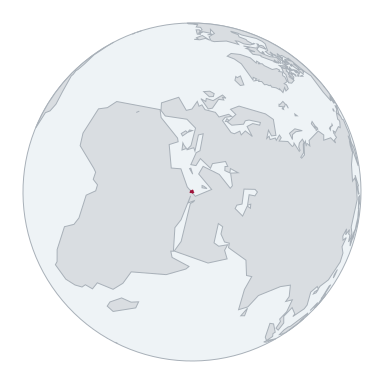 Ad Daqahliyah highlighted on a globe, orthographic projection, rotated 50°
{"feature_id": "EGY-1537", "entity_name": "Ad Daqahliyah", "entity_type": "Governorate", "adm_level": 1, "iso_a3": "EGY", "parent_name": "Egypt", "parent_adm1": "", "projection": "orthographic", "projection_center": [31.652, 31.05], "detail": "fine", "context": "on_globe", "style": "filled", "palette": "rose", "viewbox_px": 384, "rotation_deg": 50, "n_neighbors": 0, "source": "natural_earth", "source_scale": "10m", "svg_char_len": 10788}
<svg xmlns="http://www.w3.org/2000/svg" viewBox="0 0 384 384"><g transform="rotate(50 192 192)"><circle cx="192" cy="192" r="169" fill="#eef3f6" stroke="#a8b0b8"/><path d="M170.3,24.4L190.2,23.1L197.1,23.1L195.2,23.2L201.7,23.3L205.5,23.6L205.2,23.6L212.7,24.3L216.3,25.0L215.6,25.2L208.1,24.5L207.5,24.8L212.8,25.4L215.5,26.3L207.8,25.3L211.7,27.0L199.7,27.3L179.5,26.2L172.5,28.2L150.7,32.5L152.3,32.9L145.1,35.5L144.3,37.1L140.5,37.9L143.1,38.6L146.7,37.6L149.1,37.7L149.0,38.7L144.1,39.7L143.4,39.3L141.9,40.2L139.5,40.3L140.6,40.8L134.7,42.2L140.3,42.4L135.4,44.8L131.5,45.4L132.3,43.2L125.4,40.7L121.8,41.4L115.8,44.0L103.7,53.0L99.5,55.0L93.6,59.1L95.6,58.7L101.1,55.5L103.5,56.2L109.9,52.6L111.8,52.6L118.1,50.1L116.7,52.9L111.8,57.1L106.5,59.5L104.2,61.5L108.9,61.5L98.5,68.6L91.1,78.3L88.4,80.2L84.0,79.1L85.0,72.9L79.2,73.3L82.4,75.7L75.8,81.0L74.5,83.2L74.6,84.7L76.9,83.9L74.5,86.5L70.4,84.6L72.5,82.1L73.8,82.6L74.2,80.0L71.4,79.6L68.3,82.7L67.4,80.1L65.2,82.4L63.7,83.5L67.4,79.7L60.8,86.7L59.4,87.3L67.1,78.2L75.4,69.7L84.3,61.8L93.7,54.6L103.6,48.0L113.9,42.2L124.6,37.0L135.7,32.7L147.0,29.1L158.6,26.4L170.3,24.4ZM27.0,155.5L26.3,159.8L26.0,160.9L24.0,178.8L24.8,192.0L24.9,200.3L24.5,203.0L25.5,207.3L25.5,209.9L31.9,226.7L37.3,239.8L38.6,248.6L37.0,253.3L42.4,270.3L41.8,269.4L36.3,257.6L31.7,245.4L28.1,232.9L25.4,220.2L23.7,207.3L23.1,194.3L23.4,181.3L24.7,168.3L27.0,155.5ZM216.9,25.0L218.1,25.2L219.5,25.5L216.9,25.0ZM118.5,48.8L118.3,49.5L117.2,49.6L118.5,48.8ZM121.4,47.3L120.3,47.0L121.6,46.2L122.2,46.4L121.4,47.3ZM219.7,26.1L221.6,26.8L218.4,26.0L219.7,26.1ZM122.5,47.9L123.9,44.9L126.1,43.7L130.4,43.5L122.5,47.9ZM221.9,27.1L226.6,29.2L229.5,29.5L223.8,30.3L221.7,28.0L217.3,26.8L220.8,27.3L221.9,27.1ZM148.0,36.9L144.1,37.9L147.4,36.2L148.0,36.9ZM149.5,35.8L156.5,31.2L162.2,30.4L158.7,32.0L166.1,30.6L165.5,32.4L161.2,33.6L157.7,33.6L160.1,34.4L149.5,35.8ZM219.9,30.6L219.9,31.2L218.5,30.5L219.9,30.6ZM150.3,37.6L151.2,36.6L156.2,35.8L155.3,37.7L154.0,37.3L150.3,37.6ZM168.4,29.4L171.9,29.4L172.4,30.8L173.8,31.0L165.9,32.4L168.4,29.4ZM152.8,38.0L154.7,38.7L152.2,40.1L149.8,38.5L152.8,38.0ZM157.9,34.9L160.2,34.6L158.6,35.3L157.9,34.9ZM144.5,45.8L145.5,44.3L148.2,43.7L144.5,45.8ZM155.6,38.9L156.4,38.4L157.6,38.1L158.3,38.9L155.6,38.9ZM166.8,33.4L166.2,34.1L170.0,32.9L170.5,34.2L165.2,35.0L167.7,35.1L167.8,35.6L163.3,35.8L166.8,33.4ZM162.6,38.8L155.9,40.7L153.6,43.4L151.1,43.9L155.4,39.5L162.6,38.8ZM163.4,37.0L162.3,38.2L159.8,38.1L159.0,37.2L163.4,37.0ZM172.8,34.8L173.4,32.7L174.6,32.6L172.8,34.8ZM162.4,39.6L164.0,39.2L162.5,39.8L162.4,39.6ZM170.1,36.2L170.2,35.4L171.5,35.4L170.1,36.2ZM167.1,39.1L165.0,39.6L164.4,39.0L167.1,39.1ZM168.9,37.8L170.7,37.9L165.4,38.4L168.7,37.4L168.9,37.8ZM171.3,36.3L172.1,36.0L171.1,36.7L171.3,36.3ZM170.7,41.5L164.3,42.3L162.9,40.7L169.4,40.1L170.7,41.5ZM76.8,237.6L68.2,210.2L73.0,202.6L74.3,191.5L108.4,163.5L115.1,167.8L141.4,168.4L144.6,170.3L141.0,179.0L160.3,192.5L167.1,185.6L185.1,192.4L197.4,192.2L202.7,175.3L182.5,175.3L179.5,167.0L196.1,159.8L213.7,160.3L213.2,157.1L202.4,150.3L206.9,144.3L198.7,147.5L201.7,150.7L196.7,153.1L193.7,150.3L195.4,148.2L190.2,146.7L183.4,158.1L185.7,162.6L171.8,164.1L174.3,172.0L170.3,175.3L164.6,163.5L165.5,159.3L154.6,146.0L152.4,150.4L162.6,163.5L159.2,162.2L156.3,169.1L155.8,162.9L145.3,148.2L133.0,149.1L116.6,163.6L109.6,163.3L104.1,158.1L110.9,141.3L125.8,143.9L128.4,138.7L126.0,129.7L130.8,131.5L131.6,128.4L137.3,129.1L146.0,122.9L151.9,123.1L156.0,114.0L159.6,113.0L156.1,118.6L156.9,122.8L171.6,123.9L174.6,122.1L176.1,116.3L179.9,117.6L179.5,111.9L188.3,110.1L177.2,107.7L178.6,101.5L184.3,97.2L182.7,94.9L173.5,102.1L171.7,105.4L173.2,108.9L166.4,118.6L161.2,119.8L160.8,108.6L153.4,109.3L156.4,100.8L179.4,85.5L188.7,83.0L202.6,91.3L200.1,95.0L193.8,93.7L199.0,100.3L198.8,97.1L202.0,98.5L204.2,93.5L206.6,94.2L204.6,88.4L207.8,88.8L209.0,92.5L214.9,86.1L221.6,85.9L221.8,84.2L220.1,82.4L229.8,83.7L229.5,82.4L226.2,81.4L223.5,78.3L222.5,73.5L225.9,74.2L226.8,76.0L233.6,81.2L235.3,86.4L236.6,86.2L235.9,82.0L227.6,75.6L226.0,72.5L230.4,75.0L228.7,73.9L229.0,72.6L232.4,72.1L227.8,69.2L226.4,56.1L233.0,54.4L237.0,57.8L239.6,50.9L246.8,50.5L243.8,49.5L243.0,46.1L240.7,46.1L239.2,45.4L236.0,37.9L237.9,37.1L233.1,33.6L231.6,33.2L229.9,33.6L223.8,30.3L229.5,29.5L232.8,30.3L234.1,29.6L241.4,32.0L248.0,34.0L255.1,37.6L259.8,39.2L259.7,38.8L266.0,41.1L278.9,47.9L268.5,44.0L249.1,36.2L257.1,39.3L255.3,39.3L258.1,40.9L263.7,43.3L264.4,43.1L273.4,52.1L286.9,62.1L285.9,58.6L289.4,59.6L303.9,70.2L321.2,92.6L326.1,95.8L329.1,99.6L330.9,104.2L326.6,98.8L324.8,99.0L322.0,95.5L323.5,101.8L319.6,97.2L322.7,104.8L326.0,107.3L326.1,103.1L330.4,112.3L335.8,115.6L340.9,123.5L347.0,144.0L346.5,154.5L347.4,157.6L344.9,156.8L345.0,165.4L352.6,176.5L353.6,181.1L352.2,194.8L351.5,191.6L344.9,189.6L346.2,201.6L351.3,205.9L353.2,214.8L350.3,215.2L348.1,207.5L345.7,206.5L344.6,196.5L339.1,184.4L336.1,190.6L334.6,184.8L326.6,176.5L321.3,185.1L314.0,207.7L315.9,223.1L312.1,232.0L300.4,214.5L295.2,200.6L291.0,203.9L278.9,194.5L258.1,199.8L255.2,196.3L251.2,199.2L242.8,196.8L238.3,190.8L233.1,192.1L245.1,207.8L250.7,206.4L255.3,198.6L257.6,204.5L265.8,208.1L256.7,225.4L225.8,243.6L222.9,232.1L199.8,200.7L200.5,196.9L200.4,196.4L200.1,195.7L197.9,202.0L194.0,195.5L206.2,218.2L208.3,228.0L225.4,244.3L223.7,246.3L229.3,249.3L247.1,242.2L247.1,246.1L238.7,264.9L214.1,289.9L217.5,303.6L215.8,315.0L200.7,322.9L202.2,330.5L194.5,333.3L194.1,337.3L188.0,341.4L177.7,344.7L159.9,343.4L158.6,340.1L149.4,332.3L136.6,312.0L140.9,303.2L139.2,295.3L126.4,275.1L129.2,265.0L125.8,259.8L118.8,259.5L114.9,253.1L110.7,252.0L84.6,247.9L76.8,237.6ZM96.2,180.4L95.2,183.6L96.2,180.4ZM232.4,169.6L243.0,168.7L238.3,158.7L242.0,157.7L239.1,154.8L237.9,158.0L230.8,150.0L235.4,146.3L234.1,141.9L230.5,142.0L223.2,150.3L233.4,161.4L230.9,166.1L232.4,169.6ZM26.3,160.0L25.8,162.7L26.0,161.2L26.3,160.0ZM33.7,133.4L32.8,136.3L33.2,134.7L33.7,133.4ZM36.0,127.1L34.3,131.5L34.6,130.6L36.0,127.1ZM76.1,81.1L76.3,81.4L75.8,83.3L74.9,83.2L76.1,81.1ZM80.4,88.2L76.5,92.2L78.7,89.0L76.7,89.4L78.7,83.5L87.2,80.8L83.0,82.9L80.4,88.2ZM83.9,75.5L81.6,79.1L83.7,75.3L83.9,75.5ZM130.9,111.8L132.6,114.3L130.1,117.5L122.6,118.5L126.2,113.6L130.9,111.8ZM135.6,117.1L137.3,106.3L142.0,105.7L139.1,107.8L142.0,108.5L138.1,112.1L140.9,122.5L138.8,126.2L126.2,125.2L131.5,123.3L129.5,120.9L135.6,117.1ZM133.4,83.9L134.2,80.3L143.3,83.4L141.5,86.5L134.0,87.3L131.7,84.2L133.4,83.9ZM130.0,48.6L129.7,47.8L131.1,47.4L132.4,47.8L130.0,48.6ZM144.8,45.1L132.6,52.1L131.7,51.4L125.7,56.8L120.9,57.2L125.0,53.6L116.8,58.3L118.5,55.2L113.2,58.7L122.7,50.6L123.9,48.3L124.4,50.6L128.8,50.2L131.0,49.3L138.3,45.4L143.1,40.9L148.2,40.1L150.6,40.8L150.2,41.8L147.0,41.9L148.8,43.1L143.9,44.1L144.8,45.1ZM175.0,55.1L171.5,53.9L174.3,58.4L169.4,58.6L170.0,59.1L166.3,60.6L162.8,63.5L160.7,63.2L160.2,64.5L157.7,65.7L156.4,67.5L152.1,67.6L150.2,69.9L149.3,68.7L147.1,72.6L146.8,69.8L143.5,71.4L145.5,73.3L125.5,71.8L117.3,74.1L110.6,77.7L111.0,73.0L117.5,66.8L126.7,61.1L134.5,59.9L133.3,58.3L136.6,57.3L136.2,59.0L138.9,55.8L141.5,55.5L149.7,51.8L151.9,47.8L155.0,46.5L155.5,48.0L158.2,45.7L161.2,47.7L163.4,46.9L168.6,48.2L168.2,51.8L170.8,50.7L174.8,51.9L175.0,55.1ZM172.1,42.0L172.7,45.7L170.4,47.8L162.3,44.6L159.9,45.1L154.6,43.6L158.2,40.7L159.3,41.4L161.3,41.4L159.4,42.2L162.4,41.5L164.1,42.5L166.9,42.3L166.3,43.5L172.1,42.0ZM148.5,167.4L151.1,168.1L155.1,168.2L153.4,172.7L148.5,167.4ZM141.1,157.5L143.5,157.2L143.0,163.2L140.3,162.7L141.1,157.5ZM145.2,152.2L143.6,156.8L142.9,154.0L145.2,152.2ZM158.3,118.1L160.9,117.7L161.0,119.1L159.4,121.1L158.3,118.1ZM182.3,70.3L180.7,68.9L181.5,68.3L181.0,64.2L184.6,64.0L186.3,66.4L182.3,70.3ZM199.0,178.3L195.2,181.6L193.5,180.1L195.1,179.2L199.0,178.3ZM173.0,177.6L178.8,180.0L172.5,178.8L173.0,177.6ZM186.2,69.4L185.5,67.7L187.7,68.7L186.2,69.4ZM187.2,63.7L189.8,64.4L185.0,63.5L187.2,63.7ZM259.7,346.5L260.2,346.4L257.8,347.4L259.7,346.5ZM244.6,309.6L232.8,329.2L224.9,330.3L223.5,325.5L227.9,314.0L237.2,309.5L241.8,303.5L244.6,309.6ZM358.3,222.0L354.9,231.5L353.0,233.5L353.9,230.2L356.9,224.7L358.3,222.0ZM353.7,230.4L350.3,229.2L342.7,216.7L345.5,214.3L352.9,218.4L352.5,221.0L354.5,223.1L353.7,230.4ZM360.2,203.5L359.8,210.5L358.3,215.3L357.4,216.7L356.8,210.1L357.2,205.0L358.1,203.2L359.2,181.4L360.1,182.1L360.2,190.4L360.8,193.8L360.2,203.5ZM316.7,224.2L320.6,231.3L318.2,234.2L316.7,224.2ZM358.0,168.4L358.7,177.7L357.5,166.7L358.0,168.4ZM356.3,159.1L357.1,162.0L356.3,160.3L356.3,159.1ZM349.0,161.8L348.1,164.6L347.3,162.5L347.8,157.7L349.0,161.8ZM344.8,130.4L347.8,136.6L348.7,139.1L346.8,136.3L344.8,130.4ZM215.9,68.1L212.6,73.7L212.6,78.2L216.4,81.3L209.7,79.6L209.7,72.6L215.9,68.1ZM224.7,57.3L221.4,55.1L223.7,54.8L224.8,55.3L224.7,57.3ZM222.1,56.9L216.4,56.7L215.2,54.7L219.9,55.2L222.1,56.9ZM201.3,62.4L200.0,64.0L198.3,63.1L201.3,62.4ZM360.3,206.6L360.5,203.5L360.9,194.4L360.9,189.9L360.9,187.4L360.9,189.7L360.9,193.6L360.9,196.4L360.3,206.6ZM359.8,171.9L359.3,169.3L359.6,173.5L358.2,161.8L358.9,165.6L359.8,171.9ZM358.1,162.7L358.5,166.5L357.6,160.2L358.1,162.7ZM358.2,165.2L357.3,161.8L357.5,160.7L358.2,165.2ZM358.1,161.8L356.6,155.3L357.4,158.1L358.1,161.8ZM355.1,154.4L356.8,157.0L356.0,158.8L352.2,147.4L352.2,145.3L355.1,154.4ZM331.4,99.3L329.3,96.8L328.3,94.5L330.0,96.9L331.4,99.3ZM323.0,86.0L327.3,93.2L330.4,99.6L331.2,99.7L335.0,105.7L331.9,102.7L327.2,94.6L325.4,90.7L321.8,86.2L318.4,81.6L313.9,77.2L311.3,74.3L314.9,77.2L323.0,86.0ZM312.0,75.5L303.0,67.5L302.6,65.7L304.5,67.1L308.8,71.4L308.8,72.0L312.0,75.5ZM300.7,65.2L300.5,65.8L286.9,58.1L283.9,56.2L294.1,60.4L294.5,61.4L297.9,63.8L300.7,65.2ZM221.8,31.4L220.1,31.2L221.1,30.9L221.8,31.4ZM237.9,45.5L236.0,44.5L237.3,44.0L237.9,45.5ZM231.4,41.6L231.4,42.8L230.0,41.2L231.4,41.6ZM231.5,45.8L230.7,43.2L233.5,46.2L231.5,45.8Z" fill="#d9dde1" stroke="#a8b0b8" stroke-width="1"/><path d="M192.4,191.3L192.5,191.4L192.6,191.5L192.6,191.4L192.6,191.5L192.8,191.5L193.0,191.5L192.9,191.7L192.9,191.8L193.0,191.8L193.0,191.7L193.0,191.8L192.9,191.8L192.7,191.9L192.4,191.9L192.4,192.0L192.2,192.1L192.1,192.3L192.0,192.5L191.9,192.5L191.7,192.7L191.6,192.8L191.5,192.7L191.4,192.7L191.4,192.8L191.3,193.0L191.3,193.3L191.2,193.4L191.0,193.2L191.0,192.9L190.9,192.8L190.9,192.7L191.0,192.6L190.9,192.5L191.0,192.5L191.0,192.4L191.0,192.2L190.9,192.1L190.9,191.8L191.0,191.8L191.1,191.7L191.1,191.4L191.1,191.2L191.0,190.9L191.0,190.7L191.3,190.6L191.7,190.8L191.8,190.8L191.7,191.0L191.8,191.1L191.9,191.3L192.0,191.3L192.0,191.2L192.1,191.3L191.9,191.4L191.9,191.5L192.1,191.5L192.3,191.4L192.4,191.3ZM193.1,191.1L193.3,191.2L193.4,191.3L193.1,191.1L193.1,191.1ZM193.5,191.3L193.4,191.3L193.5,191.3L193.5,191.3Z" fill="#f43f5e" stroke="#9f1239" stroke-width="1.5"/></g></svg>